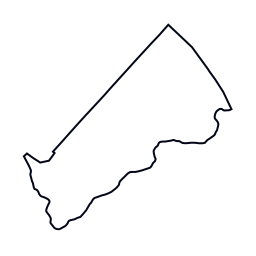 Bucks, Pennsylvania, United States of America, rotated 94°
{"feature_id": "52423323B57053352254999", "entity_name": "Bucks", "entity_type": "district", "adm_level": 2, "iso_a3": "USA", "parent_name": "United States of America", "parent_adm1": "Pennsylvania", "projection": "albers", "projection_center": [-74.98, 40.329], "detail": "fine", "context": "isolated", "style": "outline", "palette": "ink", "viewbox_px": 256, "rotation_deg": 94, "n_neighbors": 0, "source": "geoboundaries", "source_scale": "gbopen_adm2", "svg_char_len": 2210}
<svg xmlns="http://www.w3.org/2000/svg" viewBox="0 0 256 256"><g transform="rotate(94 128 128)"><path d="M22.2,95.0L32.8,103.1L42.5,111.1L44.8,112.9L58.3,123.7L62.2,126.8L63.5,127.8L88.8,147.7L96.9,153.9L114.2,167.8L118.0,170.9L126.6,177.7L136.5,185.4L148.2,194.4L152.1,197.5L156.9,201.2L158.1,199.5L166.1,204.5L168.6,213.1L164.4,220.8L160.5,227.0L163.5,229.9L171.8,224.7L175.2,222.8L177.1,221.9L178.4,221.8L180.8,222.2L181.6,222.1L187.6,220.1L189.7,219.0L194.2,217.7L195.0,217.2L195.4,216.8L195.8,215.3L196.0,214.9L196.3,214.4L196.9,213.8L197.8,213.1L199.9,212.1L201.4,210.9L202.2,209.8L202.9,207.0L204.1,203.9L204.8,202.6L205.8,201.5L206.7,201.2L207.4,201.2L207.6,201.2L208.4,201.5L211.8,202.9L215.1,203.8L216.1,203.8L217.0,203.7L220.5,200.6L222.3,199.4L223.4,198.8L224.4,198.6L227.0,198.8L227.9,198.7L228.5,198.4L232.6,194.6L233.0,194.1L233.5,193.0L233.5,192.8L233.8,191.6L233.8,189.9L233.6,189.1L230.4,184.1L229.4,183.0L227.5,181.7L225.4,180.9L224.6,180.2L224.3,179.7L223.9,178.7L222.9,175.2L221.1,172.0L220.1,169.5L219.9,169.2L217.1,167.0L213.2,164.1L206.5,160.8L205.3,159.7L201.8,158.0L200.1,156.5L198.9,153.5L197.1,149.5L196.2,146.7L195.1,144.1L193.9,141.9L192.9,140.2L189.5,136.4L187.7,134.7L186.4,133.8L185.1,133.0L183.2,132.8L181.8,132.3L179.3,130.3L176.6,127.8L174.9,126.4L173.1,124.7L172.2,123.3L171.9,123.0L171.6,121.3L171.3,117.6L170.6,114.9L169.2,110.8L169.1,110.6L166.3,103.8L165.9,103.1L164.8,102.2L161.1,100.5L160.4,99.9L159.4,98.9L157.3,98.3L156.7,98.4L155.4,99.2L151.6,100.4L149.5,100.8L148.5,100.7L146.2,99.6L144.8,98.5L144.8,98.4L144.4,97.9L144.0,97.6L143.5,97.1L140.8,96.2L140.0,95.5L139.5,94.3L139.3,93.8L138.9,89.9L137.7,84.5L136.8,82.0L136.8,81.6L137.7,78.4L137.5,77.1L137.6,75.6L138.5,74.1L139.1,72.5L139.2,70.7L139.1,68.7L138.3,64.0L138.1,61.8L138.1,58.6L138.3,56.2L138.0,52.4L137.7,51.3L137.4,50.3L134.6,48.1L129.9,42.2L128.6,41.0L125.7,40.0L123.9,39.0L118.6,38.1L117.1,38.3L115.6,39.0L112.5,41.9L111.3,42.3L109.7,42.3L107.9,42.0L105.7,41.1L104.7,40.4L103.2,38.6L102.7,37.9L102.5,37.0L102.4,36.6L102.5,35.8L103.6,34.0L103.8,32.7L103.7,32.3L103.2,28.3L102.0,26.1L85.4,35.5L73.7,44.2L65.2,51.3L64.1,52.0L42.9,69.8L22.2,95.0Z" fill="none" stroke="#020617" stroke-width="2"/></g></svg>